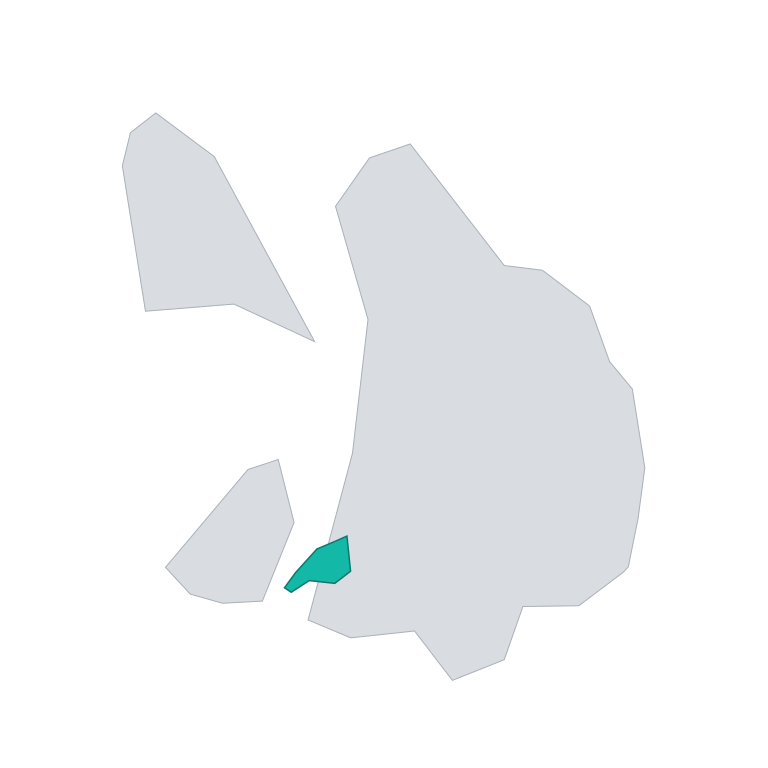 Hong Kong S.A.R., with Kwun Tong highlighted, rotated 81°
{"feature_id": "HKG-5161", "entity_name": "Kwun Tong", "entity_type": "state/province", "adm_level": 1, "iso_a3": "HKG", "parent_name": "Hong Kong S.A.R.", "parent_adm1": "", "projection": "mercator", "projection_center": [114.229, 22.308], "detail": "fine", "context": "in_parent", "style": "filled", "palette": "teal", "viewbox_px": 768, "rotation_deg": 81, "n_neighbors": 0, "source": "natural_earth", "source_scale": "10m", "svg_char_len": 820}
<svg xmlns="http://www.w3.org/2000/svg" viewBox="0 0 768 768"><g transform="rotate(81 384 384)"><path d="M296.4,209.8L299.9,206.4L339.2,168.7L397.2,157.7L427.8,139.5L507.6,139.5L556.6,154.1L602.8,171.3L607.2,176.9L633.5,226.3L625.5,281.6L675.1,308.4L687.4,362.8L632.7,392.5L629.5,456.6L605.2,495.9L447.6,426.0L317.7,389.7L200.9,404.1L158.4,363.0L151.0,320.6L285.8,246.7L296.4,209.8ZM274.8,608.2L127.6,608.3L96.1,595.1L80.6,567.0L132.8,516.1L331.3,445.9L281.6,519.7L274.8,608.2ZM561.2,608.2L530.9,628.5L447.2,531.8L442.0,500.3L506.7,494.5L579.4,538.1L575.3,577.8L561.2,608.2Z" fill="#d9dde1" stroke="#a8b0b8" stroke-width="1"/><path d="M575.2,508.2L569.7,514.2L556.4,500.8L536.4,476.0L532.2,458.7L528.4,444.4L563.7,446.3L573.2,463.8L566.5,488.6L575.2,508.2Z" fill="#14b8a6" stroke="#0f766e" stroke-width="1.5"/></g></svg>